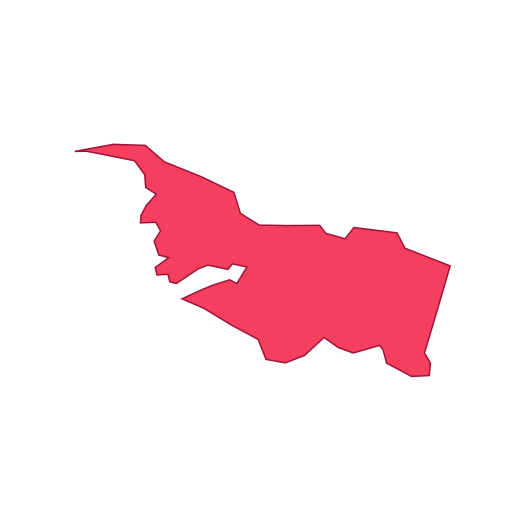 outline of North, rotated 208°
{"feature_id": "HKG-5168", "entity_name": "North", "entity_type": "state/province", "adm_level": 1, "iso_a3": "HKG", "parent_name": "Hong Kong S.A.R.", "parent_adm1": "", "projection": "orthographic", "projection_center": [114.21, 22.516], "detail": "fine", "context": "isolated", "style": "filled", "palette": "rose", "viewbox_px": 512, "rotation_deg": 208, "n_neighbors": 0, "source": "natural_earth", "source_scale": "10m", "svg_char_len": 919}
<svg xmlns="http://www.w3.org/2000/svg" viewBox="0 0 512 512"><g transform="rotate(208 256 256)"><path d="M198.6,169.4L215.0,183.4L243.2,183.4L277.9,185.3L293.1,184.1L301.3,183.4L288.8,199.9L280.4,210.0L268.1,222.6L260.0,222.6L258.9,242.1L273.3,237.9L274.5,231.0L294.1,225.4L300.6,218.2L313.5,194.2L320.0,192.8L325.2,198.5L334.5,192.8L339.6,198.5L332.3,213.6L342.2,211.2L352.9,221.2L352.1,233.5L360.3,238.7L373.6,231.0L376.6,237.9L376.6,249.3L373.1,263.8L385.6,264.7L392.4,275.5L407.9,283.1L454.7,269.0L465.1,263.3L434.4,287.6L405.7,301.7L381.0,296.1L341.9,300.3L305.4,301.8L289.7,286.3L267.6,284.8L242.8,297.5L214.1,313.0L205.0,308.8L185.5,313.0L182.9,327.1L142.4,342.6L128.1,332.8L79.9,338.4L70.8,294.6L61.7,249.5L51.8,243.4L46.9,231.8L62.1,222.7L90.4,222.7L99.7,232.8L104.9,235.1L124.6,216.0L140.1,213.8L157.7,216.0L166.4,191.2L179.8,175.5L198.6,169.4Z" fill="#f43f5e" stroke="#9f1239" stroke-width="1.5"/></g></svg>